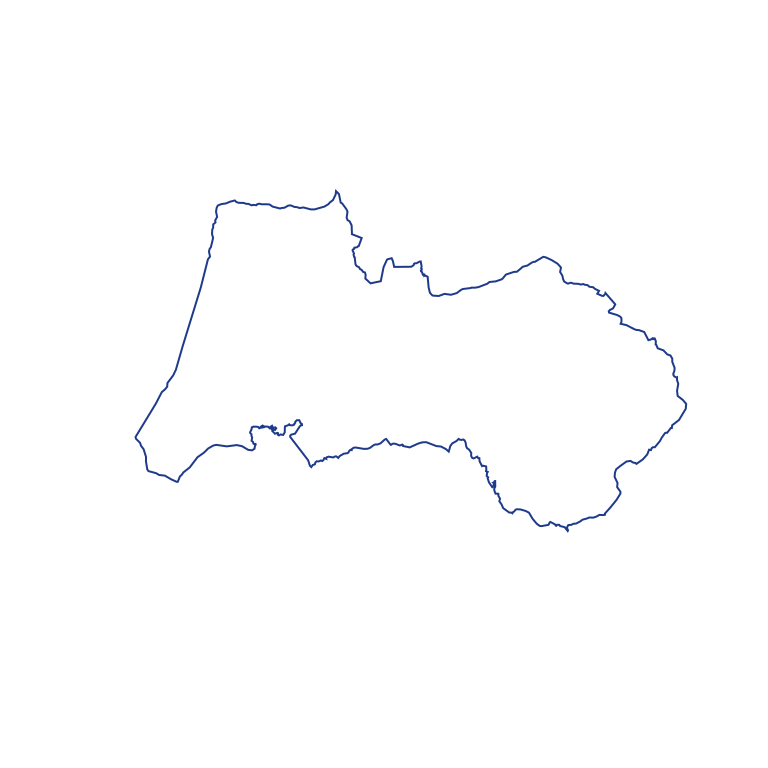 the district of Praid, Harghita, Romania, rotated 229°
{"feature_id": "2599482B16532186866863", "entity_name": "Praid", "entity_type": "district", "adm_level": 2, "iso_a3": "ROU", "parent_name": "Romania", "parent_adm1": "Harghita", "projection": "albers", "projection_center": [25.2, 46.586], "detail": "fine", "context": "isolated", "style": "outline", "palette": "blue", "viewbox_px": 768, "rotation_deg": 229, "n_neighbors": 0, "source": "geoboundaries", "source_scale": "gbopen_adm2", "svg_char_len": 6166}
<svg xmlns="http://www.w3.org/2000/svg" viewBox="0 0 768 768"><g transform="rotate(229 384 384)"><path d="M170.7,599.0L175.8,599.1L182.3,597.8L186.6,600.7L191.1,606.2L194.5,607.6L196.8,609.5L196.9,609.0L199.2,608.1L200.6,608.2L201.9,609.0L203.5,611.9L205.5,613.9L211.6,616.1L214.0,618.2L217.6,618.9L220.5,617.2L226.0,617.0L231.4,614.0L234.9,615.2L235.5,614.9L237.9,617.2L240.8,618.2L241.1,617.9L240.7,617.6L241.3,616.5L242.3,616.6L242.6,614.3L243.6,612.3L252.5,614.5L257.5,611.7L259.3,609.9L261.3,608.8L269.4,605.6L274.2,602.1L275.2,604.1L278.0,606.4L279.8,606.5L283.1,605.2L290.2,600.7L291.5,601.4L291.6,603.2L290.8,606.5L292.4,610.8L307.4,610.8L306.8,609.9L306.5,607.4L307.5,606.4L312.2,604.2L313.2,607.4L317.5,605.6L319.7,605.4L322.7,602.8L325.1,602.5L327.4,600.5L328.7,600.0L330.0,597.7L332.1,596.4L335.4,592.9L337.6,591.7L338.5,590.4L338.8,589.1L339.6,588.3L343.2,587.2L345.5,587.9L348.8,589.7L353.0,590.4L355.7,593.9L356.8,594.0L361.0,593.9L367.6,591.8L373.6,589.1L375.5,587.6L377.2,578.1L378.1,576.9L378.7,575.1L379.3,570.0L381.4,565.8L381.5,558.0L383.3,555.7L386.6,547.8L385.7,542.5L385.9,541.2L388.2,535.6L391.8,530.5L391.9,527.8L395.1,519.0L396.9,516.0L399.3,513.3L399.5,512.5L403.9,505.9L404.5,503.9L404.9,498.5L407.4,493.1L412.3,488.8L414.5,483.1L418.0,479.5L419.1,478.6L422.7,478.5L427.7,481.1L436.3,487.3L438.7,486.3L439.0,485.7L439.4,485.9L439.4,485.3L440.1,485.6L440.0,485.2L441.0,485.0L443.4,486.1L444.7,485.9L445.2,486.2L445.0,486.4L445.3,487.2L446.1,488.0L446.9,487.9L448.0,489.5L452.4,492.1L453.1,491.0L453.8,487.8L454.9,486.3L455.0,485.5L454.2,484.3L454.6,481.5L465.7,468.5L470.8,471.3L473.9,472.3L475.6,468.9L475.9,467.9L472.5,460.4L463.7,449.0L468.8,439.9L475.8,439.1L478.5,441.8L480.7,442.8L482.2,441.8L484.9,442.0L486.4,441.3L488.5,441.8L491.0,440.7L493.0,441.0L498.8,445.0L499.5,444.8L501.7,446.0L502.1,446.9L505.6,448.0L505.9,449.3L505.6,450.0L506.3,451.0L504.8,453.6L505.0,455.0L504.7,455.5L508.8,462.9L518.1,458.1L524.9,463.6L529.2,464.8L531.6,464.0L534.0,464.9L538.0,469.5L540.6,470.3L547.8,470.9L549.3,470.3L556.9,474.6L561.0,474.3L558.7,471.8L556.3,466.2L556.5,462.3L556.2,459.9L557.0,455.4L561.3,446.2L563.8,443.3L570.1,439.0L572.2,435.7L574.4,434.5L576.2,432.7L580.1,430.7L581.5,428.7L582.3,424.6L584.1,422.1L584.6,420.7L591.0,416.3L594.3,415.5L595.4,414.7L600.0,409.5L602.0,408.1L602.9,406.0L602.6,405.0L605.0,402.8L605.7,401.3L608.8,399.9L610.5,398.1L612.6,397.0L616.2,393.1L618.2,392.0L620.4,391.8L622.6,387.4L624.0,383.1L626.3,379.6L627.6,376.3L627.6,375.4L626.9,373.5L624.3,370.3L619.6,367.7L618.2,363.9L616.5,362.8L616.5,359.8L614.2,357.8L613.1,355.6L609.9,352.5L606.4,350.9L600.8,343.1L600.4,341.1L598.8,338.8L594.3,336.3L593.6,332.9L577.0,309.0L544.7,257.0L531.3,236.3L528.8,230.5L526.8,221.2L524.2,218.6L523.6,215.1L523.7,211.1L518.9,199.0L507.0,161.7L505.4,160.9L499.7,161.3L496.7,160.1L492.5,159.8L485.0,156.5L481.8,153.6L474.8,149.3L472.8,149.1L466.2,153.5L462.9,154.6L458.6,158.5L452.1,160.7L446.3,163.3L445.5,164.2L448.1,169.3L448.2,171.9L448.9,174.5L448.5,182.7L451.1,195.2L450.3,203.1L450.7,209.0L449.6,214.7L448.1,217.5L440.1,224.4L434.5,232.8L430.3,236.0L423.4,238.3L420.5,240.9L420.1,243.8L421.8,245.8L422.4,247.4L423.1,247.7L423.8,246.7L424.6,246.3L426.1,247.1L428.0,246.8L429.9,249.2L431.9,250.0L433.0,251.0L435.0,250.9L435.8,252.0L436.3,253.7L438.0,255.8L437.6,256.4L437.6,257.3L435.2,260.0L434.0,260.9L432.4,260.8L431.9,262.6L432.6,263.0L432.3,265.1L431.3,265.4L430.8,264.0L430.0,265.3L430.0,266.3L427.7,268.6L425.5,268.6L424.9,269.5L423.5,269.6L423.6,270.8L426.1,270.7L425.9,272.1L423.7,271.4L422.6,273.5L421.3,273.6L420.8,271.7L421.9,270.6L421.8,268.9L418.0,269.1L417.0,271.6L416.5,271.8L415.3,270.6L414.1,271.0L413.9,272.7L411.7,274.5L412.6,277.3L417.0,281.4L415.8,284.6L415.8,285.9L415.0,285.8L413.3,287.2L412.4,288.8L412.4,289.9L412.9,290.3L412.9,291.5L413.7,292.3L413.9,294.3L412.3,296.3L409.1,295.4L407.6,295.8L406.7,295.1L407.4,293.8L407.1,292.0L404.9,284.3L406.7,280.6L406.5,279.3L405.6,278.5L376.2,276.7L371.0,274.5L369.0,274.6L369.6,277.1L368.7,279.1L369.8,280.7L369.9,282.4L368.4,283.9L367.6,286.3L366.3,286.9L366.4,288.7L367.2,290.4L365.4,291.3L366.1,291.7L366.3,292.6L365.5,294.5L361.9,297.5L361.5,299.4L360.7,300.5L358.2,301.0L358.7,303.3L357.8,307.9L355.8,311.0L355.6,312.3L356.2,313.4L356.4,315.4L355.3,316.2L356.0,317.1L355.8,319.3L354.7,320.9L348.4,326.1L345.9,329.1L345.0,331.5L344.6,336.4L343.9,338.1L342.6,339.4L341.5,342.4L341.6,348.2L341.1,349.6L333.8,349.1L333.4,349.6L333.4,350.9L332.7,352.2L331.2,353.5L327.2,355.6L326.3,358.0L325.3,358.2L324.7,357.7L319.3,361.8L316.6,370.8L314.8,374.7L312.4,377.7L302.8,382.8L299.4,386.0L294.3,388.0L290.5,388.5L293.7,393.4L294.4,396.6L293.4,401.4L293.6,404.3L292.2,404.7L290.8,406.0L290.0,407.5L288.5,407.8L286.1,407.1L283.0,405.1L281.0,404.6L278.6,405.2L274.7,404.6L272.6,402.6L270.5,402.1L269.0,402.8L268.0,406.7L266.2,406.5L265.5,407.3L262.9,405.4L257.7,404.1L257.4,405.1L254.8,407.0L252.6,405.4L251.3,403.8L249.6,404.6L249.3,403.5L247.3,401.2L245.2,401.4L244.9,400.4L240.9,398.7L235.1,398.0L234.9,398.9L236.6,401.8L237.9,401.6L237.7,402.6L238.1,403.8L237.8,404.2L233.6,400.7L232.6,398.4L231.4,397.5L228.1,396.2L226.5,398.1L225.9,398.2L224.7,397.0L221.3,396.3L219.8,394.1L215.9,393.7L212.1,392.5L204.8,394.2L203.4,395.7L202.2,396.1L202.7,397.0L202.4,398.6L202.8,400.7L202.4,402.0L199.9,404.6L195.3,407.6L191.8,409.0L184.7,407.7L178.3,407.6L174.8,408.4L173.5,409.5L169.8,415.7L170.7,417.9L170.8,419.0L166.1,420.9L164.1,420.8L163.9,421.1L164.3,422.1L162.7,423.9L161.3,423.7L157.5,426.4L152.5,426.2L152.7,426.8L155.6,427.8L156.6,430.5L154.7,433.2L154.4,435.0L152.6,437.5L151.5,442.2L151.4,444.7L149.1,449.5L148.7,451.2L145.9,454.2L144.6,457.2L143.9,460.7L141.2,463.5L140.4,465.0L141.3,465.7L142.2,473.3L144.0,483.5L146.2,490.6L147.7,491.8L153.2,492.3L156.1,495.3L162.6,497.1L165.6,500.2L167.3,503.2L167.1,508.8L166.4,516.2L164.2,519.6L161.2,520.5L159.4,522.0L158.1,522.1L157.3,529.8L158.1,536.4L160.5,541.0L159.0,542.1L160.0,544.1L159.8,545.6L158.6,546.9L159.9,554.8L161.3,558.5L162.6,563.9L162.2,565.0L161.4,565.6L162.6,571.5L161.9,572.3L163.8,574.4L163.3,583.0L167.3,595.4L170.7,599.0Z" fill="none" stroke="#1e3a8a" stroke-width="2"/></g></svg>